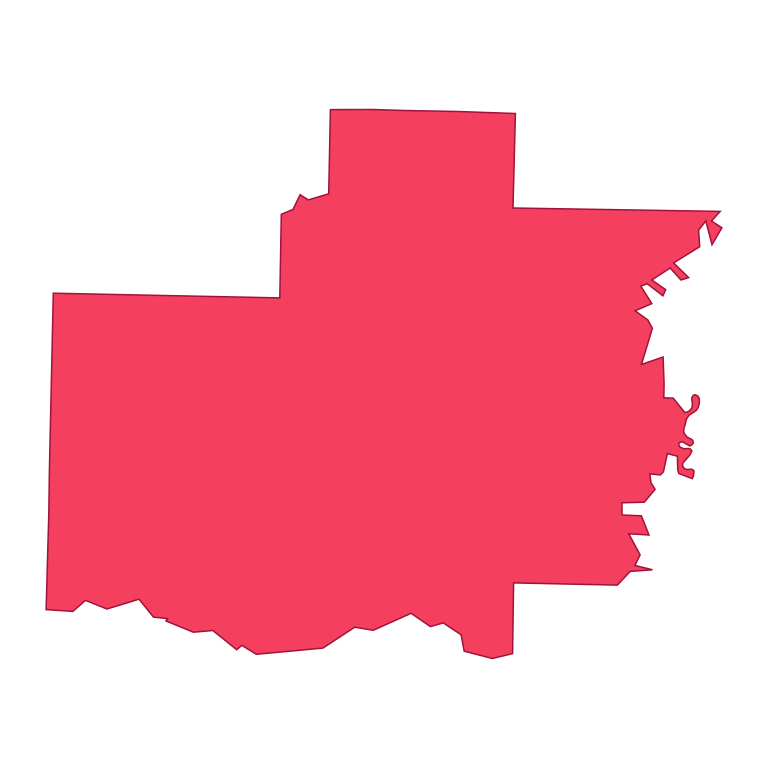 White, Arkansas, United States of America (Mercator projection)
{"feature_id": "52423323B98282084999585", "entity_name": "White", "entity_type": "district", "adm_level": 2, "iso_a3": "USA", "parent_name": "United States of America", "parent_adm1": "Arkansas", "projection": "mercator", "projection_center": [-91.529, 35.277], "detail": "fine", "context": "isolated", "style": "filled", "palette": "rose", "viewbox_px": 768, "rotation_deg": 0, "n_neighbors": 0, "source": "geoboundaries", "source_scale": "gbopen_adm2", "svg_char_len": 1757}
<svg xmlns="http://www.w3.org/2000/svg" viewBox="0 0 768 768"><path d="M46.1,609.6L72.9,611.4L85.4,600.4L106.9,609.0L139.0,599.2L153.5,617.1L167.5,618.6L166.0,621.0L193.4,632.2L212.8,630.5L236.7,649.7L241.9,645.4L256.3,654.3L322.9,648.1L354.7,627.2L373.2,630.3L411.1,613.3L430.4,626.6L443.2,622.9L461.1,634.8L464.2,651.2L492.3,658.5L512.6,653.6L513.6,582.9L617.3,585.1L630.2,571.4L652.5,569.8L634.9,565.4L640.1,554.9L628.8,533.8L649.0,535.0L641.4,515.8L622.1,515.0L621.9,502.8L644.3,502.2L655.1,489.3L650.9,482.5L649.9,473.9L660.3,474.9L663.4,471.8L667.4,453.6L677.4,456.2L677.7,469.6L678.8,473.5L692.2,478.6L693.4,476.2L694.0,471.3L693.8,470.6L691.9,469.2L686.9,469.5L684.2,468.5L682.5,465.7L682.8,463.2L690.1,454.7L691.9,451.0L690.4,449.0L689.0,448.5L683.7,448.7L680.0,447.1L678.8,445.0L678.9,443.3L680.0,442.3L682.2,441.9L684.4,442.9L689.4,445.8L690.7,445.7L693.1,443.5L693.2,441.7L692.4,440.0L690.8,438.9L687.1,437.1L684.3,433.5L683.7,431.4L684.0,427.6L684.9,425.6L686.3,419.7L687.2,417.8L689.4,414.9L693.1,412.7L696.5,410.1L698.1,407.7L699.4,403.2L699.4,399.9L699.0,397.9L697.9,396.1L695.0,394.7L693.4,395.2L691.9,397.4L691.8,399.5L692.3,403.3L692.3,406.1L691.8,408.1L689.2,411.0L687.0,412.1L684.7,412.4L673.2,398.1L663.8,397.8L664.1,384.3L663.1,357.0L641.5,364.4L652.4,328.3L647.9,320.0L635.1,310.8L651.8,303.6L640.8,286.1L647.2,283.7L662.9,295.8L665.7,289.7L651.8,280.0L670.1,268.0L681.0,280.0L688.6,277.6L673.6,262.9L699.7,246.7L698.6,230.2L705.8,220.9L712.0,244.7L721.9,227.8L711.5,221.0L720.2,211.4L513.0,208.0L515.4,113.5L457.8,111.5L404.8,110.5L373.0,109.5L330.4,109.6L328.7,193.8L308.2,199.9L300.1,194.7L293.0,209.4L281.3,214.3L279.8,297.9L53.3,293.2L49.4,470.2L48.8,513.5L46.1,609.6Z" fill="#f43f5e" stroke="#9f1239" stroke-width="1.5"/></svg>